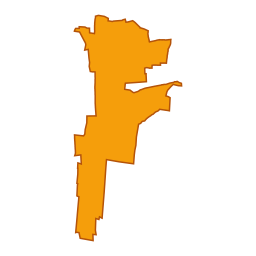 outline of Chankom, Yucatán, Mexico
{"feature_id": "50627088B93169403456480", "entity_name": "Chankom", "entity_type": "district", "adm_level": 2, "iso_a3": "MEX", "parent_name": "Mexico", "parent_adm1": "Yucatán", "projection": "equal_earth", "projection_center": [-88.544, 20.463], "detail": "fine", "context": "isolated", "style": "filled", "palette": "amber", "viewbox_px": 256, "rotation_deg": 0, "n_neighbors": 0, "source": "geoboundaries", "source_scale": "gbopen_adm2", "svg_char_len": 5221}
<svg xmlns="http://www.w3.org/2000/svg" viewBox="0 0 256 256"><path d="M148.2,30.8L146.6,30.1L144.5,29.1L143.3,28.7L142.5,28.4L142.3,28.5L141.6,28.2L140.9,27.9L140.1,27.9L139.9,27.2L138.8,26.2L136.2,23.6L135.3,22.7L134.1,21.7L132.7,20.7L127.8,22.0L126.0,22.2L125.2,19.2L122.9,19.8L122.2,20.4L113.4,21.1L112.4,21.5L108.1,20.8L108.3,18.4L104.4,16.4L98.6,15.4L98.0,15.5L95.5,16.2L95.5,16.7L95.5,17.1L95.4,18.1L95.2,18.7L95.1,19.3L95.0,19.8L95.0,20.4L94.9,20.9L94.9,21.2L94.8,22.2L94.8,22.5L94.7,22.9L94.7,23.2L94.7,24.2L94.7,24.7L94.6,25.6L94.6,26.2L94.6,26.4L94.6,26.6L94.6,27.0L94.6,28.4L94.6,28.6L94.6,28.8L94.6,29.0L94.6,29.3L94.6,29.6L94.6,29.8L94.7,30.6L94.7,30.9L94.7,31.0L94.7,31.4L94.6,31.7L94.6,32.0L94.5,32.5L94.5,33.0L94.4,33.6L93.9,33.5L93.4,33.4L92.9,33.4L92.5,33.3L92.4,33.3L92.1,33.2L91.3,33.1L90.6,33.0L90.3,33.0L90.1,32.9L89.8,32.9L89.6,32.8L89.6,32.0L89.6,31.0L89.6,30.6L89.5,30.4L89.5,30.1L89.5,29.6L89.5,29.3L89.5,28.2L87.0,28.1L84.9,27.0L84.4,27.0L79.2,26.7L79.2,28.4L75.7,28.4L75.2,29.1L74.8,30.0L74.5,30.7L74.4,31.2L79.6,32.0L84.4,41.1L85.4,42.9L85.8,44.8L84.7,50.1L88.2,49.4L89.0,58.3L89.6,62.5L89.2,66.4L90.3,71.5L92.8,71.9L93.9,71.8L95.0,71.9L95.1,73.0L95.1,73.4L95.1,74.4L95.1,74.9L95.1,75.8L95.1,76.8L95.2,78.0L95.2,78.7L95.1,79.3L95.1,79.7L95.1,80.2L95.1,80.6L95.1,81.0L95.1,83.1L95.0,84.0L95.0,84.7L95.0,85.2L94.9,86.2L94.9,87.5L94.9,88.2L94.9,88.5L95.0,89.4L95.0,90.2L95.0,91.1L95.1,91.7L95.1,92.0L95.1,93.0L95.1,93.5L95.1,94.0L95.1,94.5L95.2,95.2L95.2,95.4L95.2,95.9L95.2,98.7L95.2,99.3L95.2,100.0L95.2,101.0L95.2,101.9L95.2,103.4L95.3,104.5L95.3,104.9L95.4,106.6L95.4,107.2L95.5,108.3L95.6,110.1L95.7,111.3L95.8,112.5L95.9,113.6L95.9,114.0L96.1,115.9L86.9,116.0L86.8,122.8L85.2,129.5L84.8,134.1L83.6,135.9L74.5,134.9L74.5,135.1L74.5,135.4L74.5,135.5L74.6,136.0L74.6,136.3L74.6,136.5L74.6,137.0L74.6,137.4L74.6,137.8L74.6,138.1L74.6,138.5L74.7,138.8L74.7,139.4L74.7,139.8L74.7,140.2L74.8,141.2L74.9,142.0L74.9,142.7L74.9,143.0L75.0,144.1L75.0,144.6L75.0,144.9L75.1,145.3L75.1,145.6L75.1,146.0L75.1,146.3L75.1,146.8L75.2,147.5L75.2,148.5L75.3,148.9L75.3,149.2L75.3,149.8L75.4,150.6L75.4,150.8L75.4,151.6L75.4,151.8L75.5,152.6L75.4,152.9L75.4,153.2L75.3,153.7L75.3,154.1L75.1,154.6L74.8,155.3L74.7,155.7L80.8,154.9L81.3,164.0L77.9,162.9L77.6,168.3L77.9,168.3L77.8,174.1L76.9,183.4L77.7,183.6L77.4,185.6L76.9,195.9L78.9,196.8L77.6,211.2L77.1,217.1L75.7,232.6L76.7,232.3L79.0,232.6L80.2,238.3L93.1,240.6L92.9,234.4L96.1,234.7L95.6,231.6L95.4,230.2L95.8,218.5L98.9,219.5L99.5,216.8L100.5,217.3L100.9,217.6L101.2,217.8L102.1,218.2L102.7,210.5L102.8,209.3L104.2,191.8L105.8,168.3L106.5,159.6L119.0,161.8L133.6,163.8L134.3,154.7L134.9,150.0L135.9,145.3L136.4,137.0L138.6,124.2L140.6,123.4L142.2,121.4L143.7,121.1L144.3,121.0L144.7,120.9L145.8,119.5L146.6,118.7L147.4,118.0L147.9,117.6L149.8,116.2L150.5,115.9L151.8,114.7L152.2,114.6L153.0,114.3L155.5,112.0L157.9,111.0L158.7,110.4L159.6,109.3L167.8,110.5L169.4,110.8L170.1,97.7L168.2,96.6L165.9,95.9L166.3,94.2L166.5,93.5L166.9,91.8L167.7,90.2L168.1,89.7L168.8,89.0L169.3,88.4L171.2,86.3L173.2,84.4L173.4,84.5L178.4,85.7L180.0,85.8L181.6,85.9L181.4,83.3L179.0,82.5L177.3,81.4L176.9,81.4L176.4,81.8L174.7,81.7L173.5,82.4L169.8,83.1L167.2,84.0L165.9,84.4L164.0,84.4L163.5,84.6L161.7,84.8L161.0,85.1L156.6,85.9L155.7,86.1L154.9,86.2L154.5,86.3L152.5,86.7L149.1,87.4L148.2,87.6L147.0,87.8L145.1,88.2L142.1,89.3L141.5,89.6L140.9,89.7L140.2,89.9L139.3,90.6L138.1,91.4L134.0,92.7L133.0,92.4L130.0,90.1L124.7,89.3L124.8,87.7L125.0,86.7L125.1,85.1L125.3,83.7L125.4,83.2L135.8,82.5L146.4,81.7L146.2,76.8L146.1,75.7L146.1,75.1L146.1,73.7L144.9,73.7L144.7,68.2L145.7,67.8L146.7,67.6L148.6,67.9L149.6,68.2L150.5,68.1L152.0,68.1L152.0,67.5L152.1,65.5L152.1,65.3L153.3,65.1L155.9,65.1L157.9,65.2L160.5,65.2L160.4,63.5L160.4,63.1L163.0,63.1L163.5,63.1L164.1,63.1L165.1,63.1L166.2,63.2L166.4,63.2L166.5,62.2L166.6,61.2L166.7,60.2L166.7,59.9L166.8,59.5L166.8,59.2L166.9,58.7L167.0,58.2L167.1,57.6L167.1,57.4L167.1,57.0L167.2,56.3L167.2,56.1L167.2,55.9L167.2,55.5L167.4,54.9L167.5,54.4L167.5,54.1L167.6,53.9L167.6,53.6L167.6,53.4L167.7,53.1L167.7,52.7L167.8,52.1L167.9,51.7L168.0,51.4L168.1,51.2L168.1,50.5L168.1,50.2L168.1,49.5L168.1,49.3L168.2,49.1L168.2,48.9L168.4,48.7L168.5,48.6L168.7,48.1L168.8,47.9L168.9,47.6L169.1,47.4L169.2,47.1L169.4,46.6L169.5,46.3L169.7,46.1L169.8,45.8L169.9,45.5L170.2,45.0L170.3,44.7L170.5,44.0L170.6,43.7L170.6,43.2L170.7,42.6L170.7,42.1L170.7,41.6L170.7,41.3L170.7,41.0L170.7,40.7L170.8,40.0L170.9,39.6L170.9,39.4L170.6,39.4L170.4,39.5L169.9,39.6L169.5,39.6L169.1,39.6L168.5,39.7L168.0,39.8L167.8,39.8L167.5,39.8L167.2,39.9L166.9,39.9L166.5,39.9L166.2,40.0L165.6,40.0L164.8,39.9L164.5,39.8L164.3,39.9L164.1,39.9L163.6,39.8L163.2,39.8L162.8,39.8L162.6,39.9L162.3,39.8L161.9,39.9L161.6,39.8L161.2,39.8L160.8,39.8L160.6,39.8L160.3,39.8L160.0,39.8L159.8,39.8L159.6,39.7L159.3,39.9L159.1,39.8L157.8,40.0L156.5,40.3L155.7,40.6L149.4,41.9L149.3,41.7L149.2,40.6L149.1,40.1L149.0,39.5L148.8,39.1L148.8,38.8L148.7,38.4L148.6,38.1L148.5,37.5L148.3,37.1L148.2,36.2L148.2,35.9L148.0,34.8L148.0,34.3L148.0,34.2L147.9,33.7L147.9,33.2L148.0,32.8L148.0,32.7L148.1,32.4L148.1,31.8L148.2,30.8Z" fill="#f59e0b" stroke="#b45309" stroke-width="1.5"/></svg>